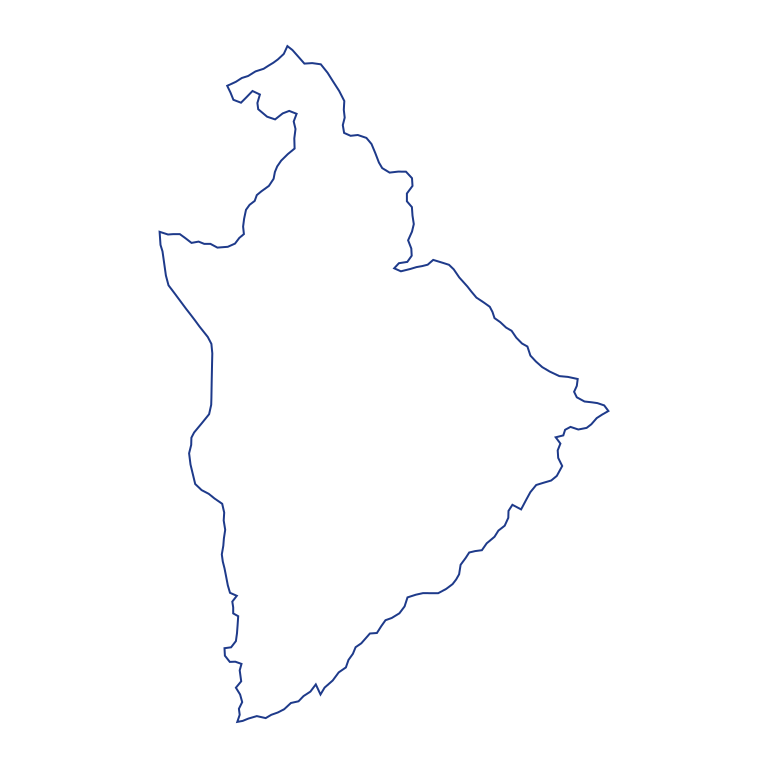 São Bernardo do Campo, São Paulo, Brazil (Mercator projection)
{"feature_id": "56859067B73038458371081", "entity_name": "São Bernardo do Campo", "entity_type": "district", "adm_level": 2, "iso_a3": "BRA", "parent_name": "Brazil", "parent_adm1": "São Paulo", "projection": "mercator", "projection_center": [-46.552, -23.804], "detail": "fine", "context": "isolated", "style": "outline", "palette": "blue", "viewbox_px": 768, "rotation_deg": 0, "n_neighbors": 0, "source": "geoboundaries", "source_scale": "gbopen_adm2", "svg_char_len": 3235}
<svg xmlns="http://www.w3.org/2000/svg" viewBox="0 0 768 768"><path d="M608.4,411.0L604.2,405.4L597.4,403.1L591.7,402.3L584.5,401.5L576.8,397.3L574.1,391.8L576.8,385.9L577.7,379.0L567.9,376.9L559.3,376.1L549.6,371.5L542.2,367.1L535.9,361.5L530.4,355.6L527.4,346.5L522.0,343.5L516.3,337.7L511.6,330.8L506.1,327.6L500.2,322.1L494.5,318.1L492.5,312.0L489.8,306.8L483.8,302.5L476.4,297.6L471.3,291.5L467.4,286.5L459.3,277.5L453.7,269.3L449.0,264.8L442.7,262.8L433.2,259.9L427.7,264.7L422.1,266.1L416.5,267.1L410.2,269.0L400.9,271.3L394.2,268.3L398.9,263.2L407.3,261.9L411.7,255.7L411.3,248.5L408.1,240.3L412.0,231.6L413.8,224.1L412.5,215.6L411.9,207.1L406.9,201.3L406.9,193.5L412.5,185.9L412.0,178.2L406.0,171.7L398.2,171.6L389.6,172.6L382.2,168.1L378.9,162.5L375.3,153.1L371.5,144.0L366.4,137.9L357.8,135.0L350.6,135.8L344.1,132.9L342.8,125.1L344.7,117.6L343.8,109.8L344.3,101.0L339.2,91.0L332.7,80.9L327.6,72.8L320.8,64.3L312.2,63.1L304.4,63.6L298.7,57.1L292.4,50.0L287.4,46.1L283.8,53.9L277.9,59.4L273.4,62.7L268.6,65.6L263.6,68.8L255.5,71.4L248.1,76.0L241.8,78.0L235.9,81.8L227.2,85.8L230.5,92.6L233.4,99.8L241.0,102.7L246.3,97.4L252.5,91.0L259.9,94.5L257.4,103.0L258.2,109.2L267.1,116.7L275.1,119.4L282.7,113.4L289.2,110.9L296.6,113.8L293.7,121.5L295.5,129.0L294.3,138.4L294.6,148.5L287.8,154.1L281.2,160.6L277.2,166.4L274.9,172.0L273.6,178.8L268.9,185.9L261.4,191.3L256.8,195.1L254.7,200.9L249.6,204.8L246.0,209.8L244.1,218.8L243.1,226.6L243.9,234.1L239.4,237.8L235.0,243.6L227.8,246.8L217.4,247.6L210.5,243.9L204.3,243.9L198.6,241.6L191.5,242.9L185.7,238.4L179.8,234.1L173.6,234.1L168.0,234.5L159.6,231.8L160.5,244.9L162.5,251.4L165.9,275.5L168.5,285.3L174.1,292.7L186.3,309.1L189.9,313.7L195.0,320.4L199.4,326.4L207.8,337.0L211.4,343.9L212.3,353.4L212.1,361.8L211.7,381.1L211.4,398.2L211.2,404.8L209.1,414.2L201.9,423.1L194.1,432.5L191.4,437.7L191.2,444.9L189.1,453.3L190.5,464.5L195.2,484.0L201.6,490.1L208.7,493.8L214.4,498.4L222.2,503.8L224.2,512.6L223.7,520.5L225.2,529.8L223.9,538.4L223.3,545.8L221.8,554.4L222.8,561.6L224.5,568.3L225.8,574.9L227.8,585.3L230.0,592.8L236.8,595.8L232.3,601.6L233.2,607.4L233.2,613.4L238.2,616.2L237.6,625.1L237.0,633.2L235.9,641.1L231.1,647.3L224.5,648.2L224.9,655.7L229.8,661.9L235.3,661.7L241.5,663.9L239.7,670.3L241.2,681.3L235.9,687.7L240.1,694.5L242.2,702.1L238.9,708.8L239.7,714.8L237.3,721.9L242.7,720.9L248.3,718.6L256.8,716.1L265.7,718.1L271.3,714.8L277.8,712.5L284.2,709.2L290.9,703.0L298.5,701.3L303.5,696.1L310.4,691.6L315.8,684.4L320.5,694.5L324.6,687.6L332.7,680.5L338.7,672.4L345.9,667.4L348.5,659.9L352.9,653.8L355.6,647.2L361.3,643.3L369.9,633.5L376.9,633.0L381.3,626.1L385.5,620.2L391.7,618.0L399.4,613.3L404.6,606.4L407.5,597.4L415.9,594.7L423.1,593.1L431.1,593.2L438.2,593.2L446.2,588.9L452.6,584.1L456.2,579.4L459.1,574.3L460.6,564.8L465.7,557.9L469.2,552.5L475.1,551.1L481.9,550.2L486.7,543.3L494.5,536.8L498.4,530.6L504.7,525.7L508.3,517.8L508.5,510.9L512.4,504.8L521.1,509.4L526.4,499.4L530.4,492.1L536.2,485.0L543.7,482.7L551.2,480.5L556.8,475.9L562.2,466.0L558.2,457.9L557.7,450.4L560.4,443.6L555.7,437.3L563.3,435.4L565.1,429.8L570.5,426.9L578.3,429.5L586.6,427.9L591.3,424.3L596.7,418.1L602.1,414.6L608.4,411.0Z" fill="none" stroke="#1e3a8a" stroke-width="2"/></svg>